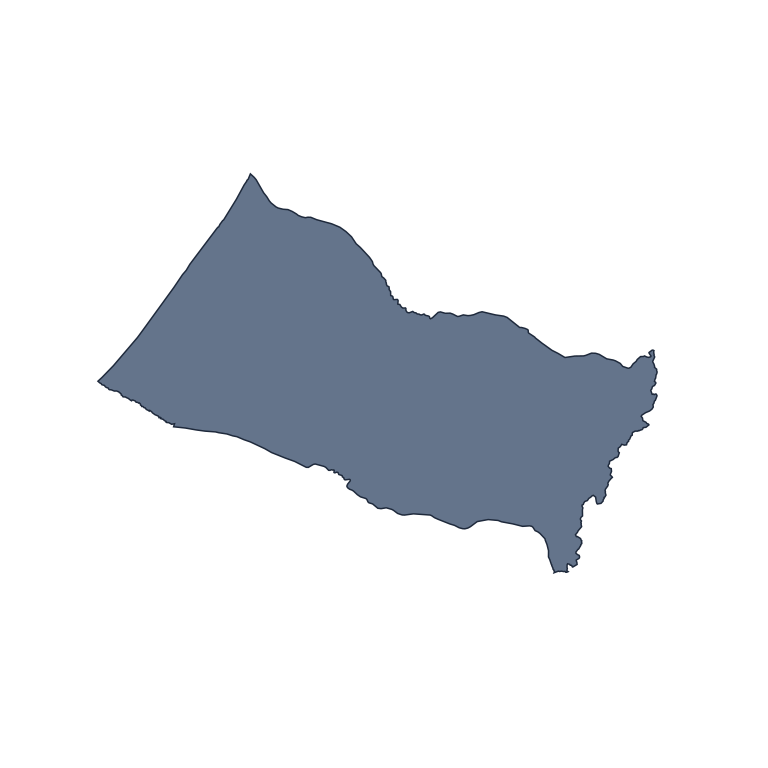 Ashburton District, Canterbury, New Zealand (orthographic projection), rotated 156°
{"feature_id": "76426892B67490392619743", "entity_name": "Ashburton District", "entity_type": "district", "adm_level": 2, "iso_a3": "NZL", "parent_name": "New Zealand", "parent_adm1": "Canterbury", "projection": "orthographic", "projection_center": [171.372, -43.643], "detail": "fine", "context": "isolated", "style": "filled", "palette": "slate", "viewbox_px": 768, "rotation_deg": 156, "n_neighbors": 0, "source": "geoboundaries", "source_scale": "gbopen_adm2", "svg_char_len": 6171}
<svg xmlns="http://www.w3.org/2000/svg" viewBox="0 0 768 768"><g transform="rotate(156 384 384)"><path d="M129.6,290.0L129.3,292.5L129.5,294.5L129.3,295.4L125.7,298.6L125.7,300.3L125.1,301.4L125.1,302.2L124.2,304.3L123.8,304.7L124.3,305.4L125.2,305.9L129.1,305.0L129.3,304.2L128.7,300.9L129.3,300.4L131.5,300.7L133.0,301.8L134.6,303.7L135.8,303.6L138.5,304.7L142.7,303.4L144.5,302.1L148.2,301.1L151.5,299.0L153.5,298.8L154.6,299.1L158.8,303.0L159.8,306.7L163.1,311.0L164.9,312.7L170.3,316.4L175.3,323.5L178.2,326.0L181.9,327.8L188.1,328.1L190.3,328.5L198.3,331.9L207.9,334.6L212.5,341.1L216.9,346.5L223.2,357.3L227.0,364.5L227.2,365.5L231.0,371.5L231.2,372.3L230.4,374.6L230.7,375.4L232.5,377.4L235.4,379.7L237.1,380.5L244.4,394.7L247.0,397.3L254.1,401.8L265.0,410.1L268.2,410.7L273.8,410.8L277.2,411.5L279.5,412.3L283.5,414.9L287.9,415.3L289.4,415.8L292.7,419.9L294.7,421.8L299.3,423.7L303.1,426.9L305.4,427.4L312.9,424.8L315.0,424.7L315.4,425.4L315.1,427.2L315.9,428.2L318.4,430.0L318.6,431.2L319.1,431.7L321.7,431.8L322.9,432.6L323.4,433.5L325.2,434.5L325.8,435.9L327.4,437.0L328.2,438.6L332.0,438.8L333.3,439.6L333.8,440.4L334.0,442.0L334.0,442.6L333.3,443.9L333.4,444.7L335.9,445.7L336.8,447.2L337.2,450.2L338.9,451.4L337.3,454.2L337.1,454.9L337.5,455.9L340.6,457.0L341.0,457.5L340.4,460.3L340.7,461.0L341.9,462.1L340.4,465.7L340.9,468.2L340.4,469.1L339.9,470.8L341.3,472.5L341.2,474.4L340.8,475.2L340.8,476.6L340.2,478.0L341.1,480.9L342.3,483.0L341.7,485.9L341.8,487.1L345.1,496.3L345.2,498.2L344.8,500.6L345.7,505.5L350.1,518.4L352.4,523.4L353.8,531.7L356.8,538.8L360.5,545.1L366.5,551.5L378.7,561.5L383.1,566.1L385.9,567.4L388.2,567.9L391.2,570.2L393.8,572.9L394.8,574.9L397.6,578.9L400.8,582.4L405.1,584.7L409.1,587.8L410.7,589.8L413.5,595.3L414.3,598.0L414.9,602.6L416.2,607.7L417.7,622.6L418.5,625.5L420.6,630.3L424.8,626.3L426.4,625.8L426.8,625.2L430.7,622.8L443.6,612.9L463.8,599.1L464.9,598.9L468.8,596.7L471.2,594.7L472.0,594.8L473.6,594.0L512.6,572.4L518.4,568.3L523.5,565.9L536.8,557.6L583.0,530.9L590.4,526.7L623.7,510.8L638.9,504.7L644.2,502.9L643.2,500.6L642.2,499.4L642.1,498.2L640.0,496.4L639.7,494.9L639.1,493.8L637.7,492.6L637.5,491.0L637.1,490.4L635.6,489.7L633.3,487.3L631.0,486.3L630.5,485.6L629.5,484.9L629.3,483.8L628.8,483.3L628.2,481.8L628.5,480.8L628.0,480.2L627.6,478.4L625.3,477.2L625.0,476.5L623.5,474.9L622.1,472.2L621.4,471.3L620.6,471.8L619.5,471.1L618.1,469.5L617.9,468.2L616.4,467.3L615.9,466.3L615.2,466.2L614.7,464.9L615.0,463.8L614.4,463.0L614.5,462.0L613.3,461.4L612.8,459.9L611.9,459.3L611.5,457.4L610.1,455.8L609.5,454.7L608.8,455.2L608.6,455.0L607.5,453.0L607.3,451.9L605.7,449.1L603.3,446.6L603.2,445.1L602.9,445.3L601.6,444.1L602.3,443.4L600.0,441.4L599.5,439.9L598.5,438.7L598.3,438.5L598.7,438.1L598.2,437.2L596.3,436.2L594.4,433.6L591.5,432.9L593.6,430.5L583.4,424.6L574.2,418.4L566.6,413.7L557.3,408.7L554.9,406.8L547.9,402.3L543.2,398.1L539.8,395.7L534.6,390.1L529.7,385.5L519.2,373.4L514.6,367.1L504.5,356.7L497.1,349.6L488.9,339.5L487.0,338.6L481.3,339.3L479.4,338.9L472.4,333.2L471.1,331.6L469.7,327.7L468.5,327.1L466.8,327.0L465.7,326.1L464.8,325.9L464.7,325.2L465.7,323.5L465.0,322.8L463.1,322.7L462.0,321.9L462.1,319.7L459.6,317.5L459.5,317.1L459.8,316.2L458.9,314.7L459.1,313.4L458.8,312.5L458.2,312.1L454.4,311.0L453.9,310.5L453.9,309.8L454.5,309.1L457.8,307.4L459.1,306.3L459.6,305.3L459.3,303.7L458.2,301.8L456.6,300.3L455.4,298.6L453.4,293.8L451.4,290.5L447.2,286.8L446.6,285.5L446.6,282.8L446.1,281.6L443.2,279.1L440.2,273.0L437.4,271.3L432.3,270.0L427.8,266.2L426.7,264.7L424.2,260.2L420.7,257.0L418.5,255.9L409.9,253.4L395.1,245.5L394.1,244.4L392.2,241.3L389.6,238.4L380.8,229.4L377.1,226.2L373.8,222.1L370.8,219.7L368.9,218.8L366.0,218.3L363.1,218.5L354.8,220.4L344.0,217.8L335.2,212.9L332.8,210.4L323.2,203.8L315.3,197.6L308.7,195.2L306.9,193.9L306.2,192.5L305.6,188.6L303.7,186.5L302.3,184.1L299.9,177.2L300.2,175.7L300.4,171.0L301.5,164.8L304.1,159.1L304.0,156.3L304.5,151.2L304.3,150.7L304.6,150.0L304.6,147.3L304.9,145.8L304.4,144.8L304.7,144.4L304.6,143.2L305.4,142.4L300.8,142.1L299.9,141.3L298.1,140.9L295.9,139.4L295.0,139.3L294.6,138.7L294.6,138.2L293.7,137.7L292.1,137.7L292.7,138.7L292.7,139.4L291.5,141.0L291.4,142.0L290.3,144.3L289.4,145.1L287.7,143.7L287.6,142.7L286.6,142.2L286.3,141.6L286.4,140.6L286.0,140.0L281.0,140.6L280.3,142.7L280.3,144.3L279.9,145.0L277.0,145.3L276.1,145.8L275.6,146.6L275.4,148.0L276.5,149.3L277.5,151.2L277.0,152.4L274.0,154.1L273.4,154.0L269.8,156.6L269.5,157.3L268.5,157.6L268.0,158.1L268.0,158.9L267.6,159.2L267.6,159.9L267.1,160.4L267.4,161.1L267.3,162.9L269.4,166.0L270.3,166.3L270.4,168.4L267.5,169.9L266.4,170.9L261.5,173.3L261.0,175.7L260.4,176.6L260.5,177.4L259.3,178.5L259.7,180.1L259.4,181.0L258.2,182.1L256.3,182.7L253.9,188.4L252.7,189.9L252.8,191.7L252.3,192.8L250.9,192.9L249.7,194.2L248.3,195.0L245.6,194.8L243.4,196.2L241.2,196.5L239.8,197.1L238.1,197.2L236.7,194.6L237.9,190.2L238.1,188.4L237.9,187.6L234.3,186.7L231.5,187.9L230.9,189.0L229.3,190.1L229.1,190.9L228.2,190.9L226.4,192.2L226.1,194.7L225.6,195.3L225.4,196.7L224.4,197.9L221.1,199.8L220.1,200.9L220.0,201.9L219.6,202.6L218.0,203.8L214.3,205.6L213.4,205.7L213.4,206.6L214.3,208.7L213.9,209.5L211.7,211.6L210.8,214.3L212.1,215.4L212.7,217.7L211.7,218.9L210.6,219.5L209.3,221.7L205.4,221.8L203.2,222.5L201.8,222.5L201.1,222.1L199.7,222.5L197.0,225.5L197.5,226.8L197.4,227.6L196.1,230.1L193.5,230.7L191.4,232.2L189.3,230.4L187.2,229.8L185.7,231.6L183.8,232.2L183.5,233.2L182.1,233.6L179.4,236.1L178.0,236.3L177.1,238.3L176.4,238.6L173.8,238.8L171.2,237.7L170.2,237.9L169.7,237.5L168.0,237.6L167.1,237.3L165.8,237.8L164.9,238.7L162.3,237.9L158.6,238.9L158.7,239.8L160.0,241.1L160.2,242.4L162.4,245.2L161.7,247.8L162.2,249.9L161.0,250.7L156.7,251.4L152.4,251.3L149.5,252.0L147.4,253.4L146.6,255.9L145.4,256.5L143.9,258.4L142.8,258.7L139.6,261.9L139.3,262.4L139.4,264.0L140.2,264.5L141.5,264.4L141.9,265.2L143.2,265.5L142.9,269.7L141.3,270.6L140.1,272.2L139.0,272.6L137.5,272.6L135.2,274.3L135.2,275.2L135.9,276.3L134.4,278.2L133.5,278.8L131.7,281.7L130.7,282.4L129.6,283.9L129.5,285.3L128.9,286.6L130.1,289.2L129.6,290.0Z" fill="#64748b" stroke="#1e293b" stroke-width="1.5"/></g></svg>